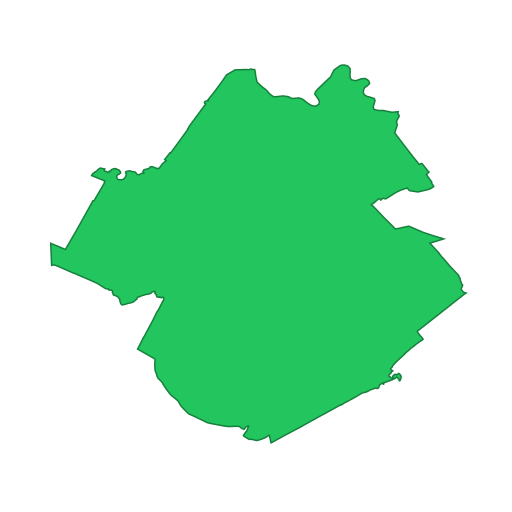 the district of Vanatorii Mici, Giurgiu, Romania, rotated 353°
{"feature_id": "2599482B21874534700145", "entity_name": "Vanatorii Mici", "entity_type": "district", "adm_level": 2, "iso_a3": "ROU", "parent_name": "Romania", "parent_adm1": "Giurgiu", "projection": "natural_earth1", "projection_center": [25.553, 44.495], "detail": "fine", "context": "isolated", "style": "filled", "palette": "green", "viewbox_px": 512, "rotation_deg": 353, "n_neighbors": 0, "source": "geoboundaries", "source_scale": "gbopen_adm2", "svg_char_len": 6054}
<svg xmlns="http://www.w3.org/2000/svg" viewBox="0 0 512 512"><g transform="rotate(353 256 256)"><path d="M264.3,436.9L278.3,431.6L297.1,423.9L306.1,420.4L321.5,414.2L321.8,414.4L323.6,413.8L325.8,412.6L329.0,411.5L338.7,407.6L343.8,405.3L346.1,404.6L347.5,404.7L349.0,404.4L351.1,403.7L353.2,402.8L355.4,402.4L357.9,401.7L358.5,401.7L360.1,402.3L360.8,402.2L361.8,401.6L362.0,401.2L362.3,400.0L362.9,399.2L363.9,398.5L366.3,397.4L366.8,398.8L367.0,398.8L367.0,398.6L367.6,397.7L367.6,397.3L369.2,397.1L376.3,395.4L379.2,394.4L380.8,393.4L381.2,393.6L381.7,394.2L382.8,395.9L383.0,396.5L383.0,397.3L383.5,397.4L384.0,396.9L385.2,394.4L385.3,393.0L385.1,392.0L384.0,390.5L383.5,390.1L383.1,389.9L382.1,390.7L381.4,391.1L380.9,391.0L380.1,390.4L379.0,390.5L378.6,391.1L377.9,391.2L376.9,392.2L377.0,393.7L376.7,393.9L375.8,393.8L375.3,393.4L374.4,392.3L373.4,391.8L373.2,391.4L373.3,390.9L373.7,390.1L374.2,389.6L375.3,389.0L376.0,388.2L376.3,387.4L377.8,386.8L377.8,386.6L376.2,385.5L375.9,385.0L376.0,384.3L376.5,383.7L377.6,382.8L378.0,382.3L378.2,381.5L379.0,381.0L381.8,378.5L391.7,371.4L392.2,370.8L397.7,367.1L398.2,366.4L399.1,366.2L404.3,363.0L408.4,360.8L410.2,359.9L411.7,359.0L410.4,356.6L408.8,354.4L407.4,351.8L407.0,351.0L406.9,350.5L407.0,350.3L451.8,323.1L458.1,319.3L460.0,318.4L458.6,317.8L457.1,316.7L455.7,314.2L455.7,313.4L457.0,311.3L457.4,310.6L457.5,310.1L457.4,309.7L456.6,308.6L456.5,307.1L456.0,305.7L455.7,302.5L455.5,302.2L454.8,301.4L454.8,301.0L454.9,300.1L447.3,289.8L441.5,281.0L440.6,279.9L439.4,277.9L438.6,277.0L438.5,276.2L437.8,275.6L437.9,275.2L432.9,268.4L430.2,264.4L434.6,263.7L444.4,261.9L433.6,257.1L424.6,252.8L411.3,245.0L399.2,246.1L397.3,245.9L395.5,243.3L388.5,234.5L378.2,220.7L376.6,219.4L377.4,218.6L378.4,218.3L380.0,217.4L381.4,216.5L381.7,216.1L385.2,214.0L385.7,214.3L386.7,215.7L387.0,215.4L388.4,214.5L389.3,214.2L391.1,215.0L391.7,215.0L392.3,214.9L400.4,211.0L403.4,209.7L408.0,208.2L413.5,207.1L414.4,207.1L416.2,209.7L416.7,210.0L424.6,212.2L435.9,210.9L437.4,210.4L440.7,208.9L440.9,208.7L439.2,205.0L439.1,204.7L439.5,204.0L436.6,198.8L435.1,195.9L438.0,193.7L437.9,193.5L437.5,193.4L437.2,192.9L432.1,184.5L431.5,184.4L429.0,184.9L427.9,182.9L424.2,177.1L416.3,163.8L411.5,155.5L411.0,154.8L408.8,150.8L408.9,150.1L409.6,148.8L410.5,146.7L411.5,144.9L412.3,142.7L412.1,142.3L411.9,140.8L412.1,139.0L415.0,135.0L415.2,134.5L415.1,134.0L414.8,133.2L414.1,132.0L414.8,130.1L408.4,129.9L400.1,127.1L395.0,126.4L391.1,125.0L390.5,122.2L392.1,118.7L393.1,116.0L392.6,114.1L388.0,112.0L385.6,111.1L383.1,109.2L382.4,106.4L383.3,103.8L384.4,102.0L386.7,101.0L389.8,98.6L389.5,96.5L388.1,94.6L385.9,93.1L382.2,92.9L376.4,94.2L372.4,92.9L371.3,90.8L371.3,87.9L372.0,84.5L372.2,81.4L370.2,78.6L367.1,77.2L364.0,77.0L361.9,77.7L356.1,80.9L353.9,84.1L351.8,87.5L349.9,88.7L337.7,97.8L335.0,100.3L334.1,102.4L337.0,108.0L337.7,110.3L337.1,112.9L334.6,114.2L332.0,114.4L328.5,112.8L325.4,110.1L322.4,107.0L320.7,105.6L317.8,104.3L312.5,104.2L310.1,103.7L307.6,101.8L302.2,100.4L293.5,100.3L291.3,98.8L288.8,96.1L287.3,93.7L285.7,91.7L283.0,89.2L278.3,83.6L277.7,77.7L277.6,71.7L277.3,70.7L275.4,70.5L273.5,69.7L271.8,70.3L268.9,69.7L258.0,68.7L248.9,72.6L242.3,80.0L234.1,88.6L227.4,95.1L227.8,95.5L227.6,96.1L225.4,96.1L224.4,96.4L223.7,96.8L223.6,97.4L223.7,98.2L224.6,99.0L212.4,111.8L205.1,119.6L205.0,120.0L203.7,121.6L203.9,121.9L183.9,143.3L183.4,143.0L183.0,143.3L177.1,149.1L178.4,150.4L174.3,153.1L170.4,157.3L169.3,157.0L168.1,157.1L167.2,156.4L163.9,154.7L162.7,154.5L161.8,154.7L161.3,155.7L158.1,156.4L155.6,156.7L154.9,157.0L154.1,158.4L154.2,158.7L154.8,159.5L154.9,159.9L154.8,160.2L152.9,159.9L151.9,160.3L150.2,161.0L149.4,161.1L148.0,160.4L147.4,159.8L146.7,158.3L145.8,157.7L143.5,157.3L142.7,156.7L141.4,156.2L140.0,156.0L138.2,156.3L137.7,156.2L136.9,156.6L136.7,157.1L136.7,157.8L137.3,158.6L137.1,159.8L136.4,161.1L135.6,162.1L134.5,163.1L133.6,163.6L132.3,163.9L131.0,163.9L128.7,163.4L128.0,162.9L127.6,162.1L127.3,159.9L127.9,159.1L128.8,158.4L130.0,158.2L131.8,157.0L131.6,155.8L130.8,154.3L130.5,154.0L129.5,153.5L127.5,152.2L125.7,152.0L123.1,152.6L122.1,153.8L120.8,153.8L120.4,154.1L120.4,154.6L120.1,155.1L119.4,155.1L118.8,154.8L117.9,153.8L117.4,153.8L116.4,153.5L115.9,152.9L115.8,152.4L115.9,151.9L116.5,151.2L112.1,149.7L111.4,150.2L109.6,150.9L108.3,152.3L106.6,152.9L104.6,154.0L103.7,154.7L103.6,155.1L102.8,155.7L102.6,156.1L114.8,162.9L115.1,163.3L114.3,164.6L114.2,165.1L114.2,165.4L101.8,181.6L100.9,181.3L81.5,207.9L67.6,226.3L64.9,224.7L53.8,218.4L52.0,240.4L54.2,240.2L55.9,240.8L73.2,251.0L73.5,251.0L91.2,261.4L95.8,264.3L101.5,269.1L103.3,270.3L105.1,270.5L105.5,271.6L106.7,272.1L107.7,272.0L108.9,272.7L109.4,273.3L109.0,274.4L109.8,277.4L111.6,278.2L113.6,279.4L115.5,282.4L115.4,283.1L115.6,285.3L116.0,287.0L117.0,288.2L119.1,288.2L123.6,287.4L126.5,287.2L129.1,286.5L130.4,285.5L132.6,284.2L132.8,283.3L133.3,282.5L135.4,282.2L139.0,281.2L140.1,281.2L141.9,280.7L144.0,280.8L145.5,280.6L147.0,280.2L148.3,279.2L150.9,278.6L151.4,278.9L151.7,279.6L151.2,280.2L151.1,280.8L151.8,281.5L152.3,282.5L152.4,283.7L152.7,284.5L154.1,285.1L154.8,285.3L155.7,284.8L156.4,285.4L156.6,285.8L157.3,285.9L158.6,285.5L159.0,285.6L159.2,286.7L159.1,288.2L157.9,289.6L152.3,298.0L151.0,299.2L146.0,306.9L135.1,322.4L133.6,324.1L133.0,325.3L127.1,334.0L143.2,345.9L143.0,347.7L142.3,351.4L141.9,356.7L141.9,357.3L142.8,360.7L143.2,363.6L143.8,365.3L147.4,369.9L148.4,372.5L150.4,376.6L154.1,383.0L155.5,384.6L157.8,386.9L160.7,390.1L161.2,390.9L163.0,395.1L164.0,396.8L166.5,400.2L170.1,404.6L173.2,406.4L187.4,415.5L190.0,416.5L203.4,420.8L207.4,421.8L210.3,422.2L213.8,422.4L218.3,423.0L221.1,425.5L222.9,426.6L223.3,426.4L225.1,424.4L226.1,424.1L227.9,423.9L228.0,424.0L226.5,426.5L225.6,428.5L224.4,429.4L221.6,432.6L221.7,433.0L222.2,433.5L225.6,436.3L227.2,437.3L228.9,437.3L234.1,439.2L234.7,439.3L239.6,438.4L241.3,437.9L243.1,437.4L247.2,435.5L247.5,435.9L248.1,443.3L248.3,443.3L264.3,436.9Z" fill="#22c55e" stroke="#15803d" stroke-width="1.5"/></g></svg>